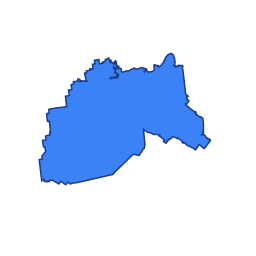 Launceston, Tasmania, Australia (Equal Earth projection), rotated 117°
{"feature_id": "25037944B58577428038391", "entity_name": "Launceston", "entity_type": "district", "adm_level": 2, "iso_a3": "AUS", "parent_name": "Australia", "parent_adm1": "Tasmania", "projection": "equal_earth", "projection_center": [147.112, -41.321], "detail": "fine", "context": "isolated", "style": "filled", "palette": "blue", "viewbox_px": 256, "rotation_deg": 117, "n_neighbors": 0, "source": "geoboundaries", "source_scale": "gbopen_adm2", "svg_char_len": 5555}
<svg xmlns="http://www.w3.org/2000/svg" viewBox="0 0 256 256"><g transform="rotate(117 128 128)"><path d="M199.5,148.2L176.1,120.3L173.7,119.9L148.9,111.4L147.5,105.7L142.2,105.0L139.7,105.0L138.9,104.3L136.8,104.7L136.7,105.2L135.7,105.0L122.3,113.5L122.9,108.7L122.8,108.2L122.3,107.3L122.1,106.4L122.1,106.0L122.3,105.7L121.9,104.1L122.1,103.3L122.2,102.0L121.4,100.9L121.1,100.7L119.9,96.5L120.9,96.7L121.4,93.3L122.0,91.2L122.2,90.1L123.9,90.3L124.4,87.2L121.3,86.7L121.3,87.1L119.9,86.8L120.0,86.1L118.9,85.9L117.6,84.6L115.9,84.4L115.9,84.5L115.2,84.4L115.1,83.7L115.2,82.5L114.9,80.2L115.0,79.2L114.5,79.2L114.5,79.3L114.3,79.3L115.3,73.0L116.3,73.2L116.5,72.1L115.5,72.0L116.0,68.8L116.3,68.8L116.6,67.1L116.3,61.5L116.8,57.9L110.4,57.1L111.8,50.9L111.6,50.6L102.5,49.0L102.0,48.9L101.9,49.5L101.1,49.5L101.0,50.6L101.4,50.6L101.0,52.6L101.5,52.7L101.4,53.2L99.3,56.9L99.5,58.1L100.4,59.2L97.6,58.7L97.4,59.7L96.2,59.5L90.0,62.8L85.4,65.7L84.9,68.2L85.7,68.4L84.9,72.6L85.3,72.7L85.1,74.1L84.2,73.9L84.0,74.8L83.1,74.6L82.9,75.3L83.5,75.4L82.1,83.4L81.9,83.3L81.2,87.2L80.8,87.2L80.6,87.5L80.5,87.8L80.3,87.9L80.0,87.7L79.8,87.4L79.7,87.0L79.9,86.6L76.2,86.0L75.7,88.5L75.3,88.4L74.9,88.6L74.6,89.0L74.4,89.5L73.5,89.9L72.9,89.5L72.3,88.9L71.8,91.9L53.8,103.8L49.6,106.8L48.0,107.1L47.7,108.2L48.3,109.0L48.6,109.5L48.5,109.9L48.7,110.1L48.8,110.5L49.3,110.7L49.8,110.8L49.5,111.5L50.6,111.5L50.8,112.1L50.6,112.3L51.2,112.9L51.8,113.1L51.9,113.7L51.7,113.7L51.5,114.2L51.3,114.2L51.5,114.4L51.4,114.6L51.2,114.7L51.5,115.0L51.3,115.3L51.4,115.5L50.9,115.5L50.2,115.2L48.7,115.8L48.0,115.9L46.7,116.9L45.6,117.4L45.4,117.6L45.3,118.2L44.1,118.7L43.8,119.5L43.2,119.8L42.9,120.3L42.4,120.6L41.9,122.1L42.0,123.2L42.3,124.0L43.5,124.5L44.0,125.2L44.7,125.8L45.6,126.0L46.2,125.9L47.7,126.5L48.3,126.4L48.8,126.6L49.8,126.2L51.1,126.4L51.8,126.1L52.1,126.4L52.5,126.5L53.0,126.2L53.2,126.3L53.6,126.1L54.0,126.2L55.3,126.5L55.6,126.9L56.6,126.8L58.1,127.3L58.7,127.6L59.2,128.0L59.5,128.6L59.3,128.9L59.3,129.1L59.1,129.2L58.7,129.1L58.6,129.3L58.7,129.8L59.1,130.1L59.5,130.7L59.6,131.3L59.4,132.7L59.6,133.3L60.5,133.3L61.6,132.7L63.1,131.6L63.8,131.3L64.6,131.2L66.3,131.5L66.5,131.3L66.4,131.6L67.0,132.2L68.4,134.6L68.9,135.1L69.0,136.0L68.6,136.9L67.9,137.4L68.0,137.6L67.8,137.5L67.3,138.0L67.1,138.4L67.2,139.2L67.5,138.9L67.8,138.8L68.7,138.8L68.8,138.6L69.1,138.4L69.3,138.5L69.6,138.9L70.4,139.2L70.7,139.1L70.6,139.3L70.4,139.3L69.6,138.9L69.1,138.5L68.7,138.9L67.6,138.9L67.2,139.4L67.6,140.9L67.6,141.1L67.8,141.1L67.7,141.2L68.0,142.7L68.4,143.5L68.8,144.0L69.0,144.2L68.9,144.2L69.7,145.0L70.4,145.6L70.6,145.5L71.1,146.3L71.5,147.2L71.6,147.4L71.9,148.4L71.8,149.5L72.0,149.5L71.9,149.7L72.0,149.9L73.8,151.2L73.9,151.3L74.6,152.0L75.9,152.6L76.8,153.4L77.2,153.8L78.0,155.7L79.4,156.7L80.7,158.3L80.8,158.8L80.6,159.3L80.3,159.9L79.2,160.4L79.1,160.6L79.1,160.4L78.7,160.6L78.4,161.0L78.2,161.4L78.4,162.3L79.4,163.7L80.5,165.4L80.9,165.9L81.2,165.9L81.6,165.6L81.8,165.2L83.2,165.0L84.4,164.5L84.5,164.1L84.1,163.3L84.6,161.5L84.9,160.5L85.3,160.3L85.6,160.3L85.8,161.1L86.0,161.5L86.3,161.7L86.7,161.7L86.9,161.6L87.1,161.4L87.2,160.2L87.6,160.0L88.3,160.4L88.9,161.4L88.6,162.7L89.3,163.8L89.9,163.3L90.2,163.4L90.3,163.6L90.1,164.4L90.5,165.3L90.6,165.8L91.0,166.0L91.1,165.7L91.5,165.5L91.9,166.1L92.3,166.2L92.3,166.6L92.1,166.9L92.2,166.2L91.7,166.1L91.5,165.7L91.2,165.7L91.1,166.2L90.7,166.1L90.4,165.8L90.0,164.5L90.1,163.6L89.6,163.9L89.2,163.9L88.5,162.7L88.7,161.4L88.1,160.5L87.6,160.2L87.3,160.3L87.3,161.1L87.2,161.5L86.9,161.8L86.4,161.9L85.7,161.5L85.6,160.5L85.3,160.4L85.1,160.7L84.8,161.5L84.8,161.8L84.7,161.9L84.4,163.1L84.4,163.4L84.7,164.0L84.7,164.5L84.2,164.9L82.9,165.4L82.0,165.5L81.6,166.1L81.2,166.4L81.5,167.1L81.5,167.8L81.4,167.9L81.0,168.1L80.7,168.1L79.5,169.1L79.0,169.3L80.5,168.1L80.6,167.9L80.7,167.3L79.9,166.1L78.9,163.9L78.4,163.4L77.9,163.8L77.3,164.4L77.4,164.6L77.6,164.5L77.9,165.0L77.2,165.4L77.5,166.2L77.4,166.2L77.5,166.6L76.5,167.1L76.6,167.5L76.5,167.4L75.4,167.9L76.9,168.9L76.9,169.3L74.0,169.0L73.9,169.7L76.0,170.4L76.5,171.1L77.3,171.3L77.1,171.8L77.1,172.5L77.5,173.2L77.4,174.0L76.7,174.4L76.2,173.9L76.3,173.8L75.9,173.5L75.3,174.1L75.7,174.5L75.9,174.3L76.4,174.8L76.1,175.4L75.2,176.3L74.9,176.6L74.4,176.8L77.4,179.3L78.9,178.4L79.7,179.6L80.8,179.4L80.7,179.6L81.2,180.0L81.0,180.7L81.8,180.6L82.2,180.3L83.8,182.5L80.2,185.0L82.9,188.7L85.8,186.6L87.4,188.6L91.3,185.8L91.8,186.2L92.0,186.7L92.1,187.1L91.9,187.9L92.6,188.9L93.1,188.6L93.9,188.2L94.8,189.5L95.0,189.6L96.1,191.0L97.6,190.0L98.7,191.6L101.0,190.0L104.6,186.6L104.9,186.1L105.0,186.4L105.4,186.8L105.4,187.6L105.7,188.0L106.1,188.0L106.4,189.0L106.5,189.1L106.5,189.4L106.7,189.6L106.6,189.9L106.9,190.3L107.0,191.0L107.6,190.6L108.4,191.9L106.5,193.2L107.1,194.9L108.7,193.8L111.6,197.7L113.4,196.4L115.3,198.3L119.2,195.5L121.2,198.2L125.6,195.1L128.1,198.1L134.2,194.2L136.8,192.3L141.0,198.5L142.2,200.4L147.4,207.1L150.7,204.9L152.1,207.1L158.7,202.7L157.7,201.2L166.0,195.6L166.3,196.1L167.7,195.1L168.1,195.6L170.0,194.3L170.6,195.5L171.8,197.1L172.6,197.8L175.8,195.6L177.8,198.5L182.8,195.1L183.1,194.6L183.2,193.7L182.8,193.2L186.4,190.7L192.1,192.0L194.6,190.3L196.4,192.8L214.1,181.0L213.4,180.8L213.2,180.6L213.1,180.3L212.8,180.2L212.7,179.9L212.0,179.5L213.6,178.4L212.4,176.6L213.0,176.3L211.5,173.9L210.5,174.5L208.8,171.9L209.2,164.1L205.9,163.5L206.5,160.3L206.8,157.7L203.5,157.1L204.1,153.9L202.3,152.3L199.5,148.2Z" fill="#3b82f6" stroke="#1e3a8a" stroke-width="1.5"/></g></svg>